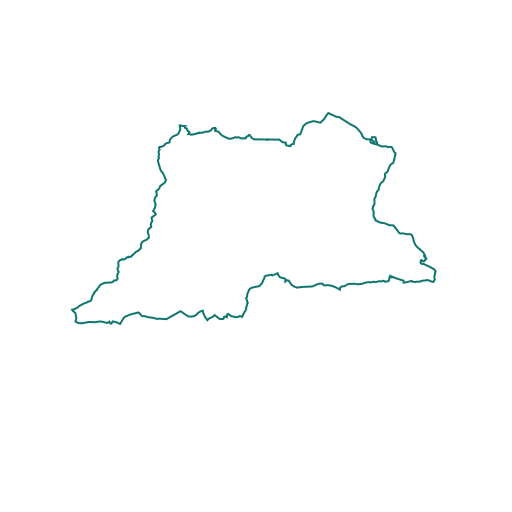 Catina, Buzau, Romania (Albers equal-area conic projection), rotated 224°
{"feature_id": "2599482B39348236200125", "entity_name": "Catina", "entity_type": "district", "adm_level": 2, "iso_a3": "ROU", "parent_name": "Romania", "parent_adm1": "Buzau", "projection": "albers", "projection_center": [26.245, 45.307], "detail": "fine", "context": "isolated", "style": "outline", "palette": "teal", "viewbox_px": 512, "rotation_deg": 224, "n_neighbors": 0, "source": "geoboundaries", "source_scale": "gbopen_adm2", "svg_char_len": 6150}
<svg xmlns="http://www.w3.org/2000/svg" viewBox="0 0 512 512"><g transform="rotate(224 256 256)"><path d="M401.6,296.8L398.5,294.7L397.2,291.2L396.8,289.5L396.9,288.8L398.7,284.5L398.9,281.6L398.8,280.1L397.2,277.5L398.6,275.2L399.1,273.7L398.9,271.5L399.9,268.8L401.1,267.4L401.0,266.6L400.6,266.1L399.2,265.6L398.6,263.3L396.1,261.5L395.2,259.7L393.8,259.0L393.3,257.3L392.9,256.6L390.9,255.2L383.9,251.3L380.3,250.9L376.6,249.4L375.4,248.7L373.5,248.2L372.6,245.4L373.5,239.9L372.8,238.0L372.4,235.6L372.8,234.7L372.8,233.5L372.5,232.8L371.9,232.8L369.5,230.8L369.2,229.9L369.4,229.1L369.1,227.8L367.5,225.1L364.5,223.7L363.9,223.2L362.2,220.4L361.2,216.8L358.6,217.0L357.6,216.7L357.0,216.1L357.8,211.1L356.6,210.1L355.0,209.4L354.4,207.0L353.4,205.3L351.5,204.1L352.0,201.2L351.2,199.0L350.3,197.7L348.5,197.0L345.9,194.9L345.9,192.5L346.4,190.6L347.2,188.9L347.5,186.7L347.4,186.0L346.5,184.1L344.3,181.7L344.4,177.8L345.2,175.7L345.3,171.5L345.8,170.0L345.5,169.7L345.4,168.9L345.7,168.0L347.1,167.0L346.9,166.3L348.1,165.3L347.9,163.6L348.8,161.3L350.3,160.6L350.4,159.3L350.9,158.5L351.0,157.1L350.5,155.5L348.1,153.5L347.3,152.3L347.0,150.8L344.9,149.4L343.7,149.2L342.5,145.6L339.9,143.6L339.5,142.5L340.1,140.7L341.2,139.7L341.0,138.2L341.5,136.7L346.2,131.6L347.8,127.9L347.8,126.2L347.4,124.4L347.4,122.1L346.8,121.2L347.1,119.1L347.1,118.4L346.5,116.9L346.5,116.6L346.8,116.4L346.4,115.6L346.0,113.9L343.7,109.2L344.0,108.2L345.2,106.2L345.3,105.3L346.9,102.2L348.4,97.1L348.5,95.2L349.9,91.0L350.9,89.6L349.7,89.3L346.6,89.5L345.7,89.1L342.0,86.4L340.3,83.4L336.8,84.6L335.4,85.9L333.6,87.7L332.2,90.0L330.7,92.0L327.9,94.7L326.1,96.2L323.2,100.0L321.7,101.5L316.9,104.2L316.1,105.4L315.8,106.9L314.2,106.3L313.4,106.5L313.0,107.1L313.5,108.7L313.6,109.5L310.4,111.3L306.6,112.7L308.2,119.7L308.0,121.2L306.1,126.0L301.4,133.7L300.3,134.0L299.6,133.7L298.6,133.8L297.5,133.6L295.9,133.8L294.1,135.5L290.8,137.2L286.4,140.6L284.9,141.1L283.0,142.5L282.3,143.5L276.6,148.3L272.8,160.9L272.2,163.4L271.2,164.1L266.6,164.7L262.6,165.6L260.2,167.7L258.7,169.9L258.1,172.7L258.1,174.8L257.6,177.2L256.3,179.7L254.2,178.3L250.5,176.8L246.4,176.0L246.4,178.0L244.8,182.5L244.7,184.8L238.5,185.4L235.9,187.8L235.9,188.8L236.7,190.0L236.2,191.0L234.5,191.7L236.1,193.9L235.9,195.0L232.0,195.5L229.2,197.4L228.5,197.5L226.4,199.8L226.2,201.1L225.5,201.9L223.7,202.6L225.3,207.2L225.4,208.7L226.4,211.4L227.6,212.4L228.3,214.6L229.1,215.3L229.5,216.8L230.8,217.1L232.0,218.0L233.7,218.6L233.9,219.1L234.0,220.4L235.7,222.4L237.6,227.2L237.4,229.2L236.8,230.6L232.8,236.5L232.7,238.3L232.9,241.0L234.0,243.8L234.6,246.0L235.4,246.8L235.5,247.8L235.1,248.7L232.0,253.1L230.8,253.3L228.5,258.6L226.0,257.6L223.8,257.4L219.4,259.9L218.5,259.5L217.2,258.0L216.8,260.2L215.3,261.0L211.1,260.0L210.0,260.0L207.2,260.6L204.5,261.8L200.7,266.5L194.4,273.1L191.7,279.5L189.4,281.9L188.7,282.3L187.9,282.0L187.0,282.0L184.9,283.8L184.3,284.8L180.7,287.3L176.9,288.8L172.3,290.1L173.4,291.7L173.5,292.4L172.9,294.1L171.4,295.7L170.7,298.6L169.5,300.9L168.0,302.1L166.3,304.1L163.0,306.5L160.1,310.0L159.1,312.4L157.0,315.3L155.4,316.4L153.3,319.4L152.0,320.2L150.8,321.8L150.1,323.2L147.9,325.1L147.6,326.2L146.7,326.9L145.3,327.1L144.9,327.8L143.4,329.6L143.3,330.7L143.9,331.4L144.1,332.1L145.2,333.3L145.6,334.6L144.9,334.3L144.0,335.0L143.4,334.9L143.2,335.2L143.7,335.7L139.2,337.5L132.8,340.7L131.3,339.4L129.4,341.8L126.8,346.2L125.8,346.1L123.6,347.6L122.2,349.6L121.2,350.3L118.7,354.4L117.2,356.0L116.3,357.5L114.8,358.5L113.4,358.9L110.6,360.3L110.4,360.8L111.1,363.3L113.4,364.9L114.3,366.7L115.2,367.7L115.7,368.6L115.8,369.5L116.9,370.0L119.3,370.1L124.8,368.5L129.9,366.7L131.2,365.5L132.6,365.3L133.7,366.3L134.2,367.1L133.8,367.3L134.1,367.7L134.0,368.0L133.1,367.9L133.0,368.3L132.1,368.3L131.5,368.7L131.3,369.9L131.8,370.4L131.5,371.5L131.8,372.6L132.7,372.4L133.4,372.9L134.0,372.3L134.4,372.4L135.2,373.0L135.0,373.9L135.2,374.0L135.7,373.9L136.7,374.4L138.9,374.8L146.7,374.4L148.5,374.6L151.7,375.7L156.7,378.7L158.6,379.3L160.1,379.0L162.3,376.7L166.1,374.3L167.9,372.3L169.4,372.1L178.3,373.5L181.6,370.7L185.3,369.3L186.9,368.5L189.4,366.6L192.2,365.4L194.0,365.1L194.8,364.5L195.8,365.4L198.6,366.0L200.1,367.2L200.4,367.8L201.9,369.5L205.0,370.9L205.5,372.1L206.4,373.0L206.3,374.0L206.5,375.1L207.8,376.7L210.6,379.4L210.9,381.2L213.1,384.9L213.8,386.7L213.7,388.5L215.4,391.1L216.5,394.0L216.8,395.0L216.5,398.2L217.5,401.3L218.1,402.7L219.7,404.1L220.3,405.0L220.0,407.9L222.6,414.4L222.6,416.2L222.0,417.7L222.0,418.2L222.4,419.3L223.4,420.8L223.4,421.4L224.7,423.0L225.4,424.6L227.0,426.9L228.7,426.8L233.8,428.6L235.1,427.9L236.1,426.9L236.5,426.0L238.6,425.3L241.8,422.0L246.0,420.5L247.5,419.6L247.1,420.9L247.4,421.6L248.7,422.1L249.2,421.8L251.3,423.7L252.6,424.3L255.0,422.3L254.2,419.9L250.4,420.1L249.7,419.8L249.5,418.6L252.0,417.4L252.5,417.3L254.3,418.9L255.1,418.9L257.7,416.7L260.6,415.8L262.7,416.2L264.0,416.9L266.7,417.6L272.4,418.1L275.7,417.6L279.1,416.4L292.9,413.6L295.0,411.9L303.3,409.0L303.1,406.7L302.1,401.9L302.3,396.6L306.5,394.2L308.7,392.5L311.7,387.0L312.3,382.5L308.7,374.3L310.2,372.0L309.7,369.9L309.7,368.4L308.5,365.4L306.7,362.8L307.8,361.4L308.1,359.9L307.6,359.0L308.1,358.3L309.4,357.8L311.0,356.6L311.9,356.8L313.2,358.2L315.7,356.4L320.4,355.8L322.2,353.8L328.1,348.5L327.9,348.2L328.4,347.6L328.9,347.1L329.2,347.3L338.0,339.0L338.7,338.5L341.2,338.0L344.8,338.6L345.1,338.3L345.1,336.2L345.6,335.6L345.6,334.5L345.3,333.7L345.4,332.9L347.0,331.9L347.2,331.3L348.1,330.4L351.2,329.2L352.0,327.9L353.4,327.2L354.6,324.4L355.3,323.6L355.8,322.6L357.1,321.4L363.6,319.2L365.6,319.0L367.8,319.3L370.1,319.1L371.9,317.8L372.4,317.7L373.3,318.5L373.2,319.7L374.2,319.8L375.3,318.9L375.7,318.0L376.0,317.1L375.7,315.3L376.6,312.4L378.7,310.4L379.7,308.1L381.4,306.3L381.9,305.3L382.4,305.4L382.7,304.5L383.5,303.8L383.6,302.8L385.2,300.7L385.2,300.3L387.3,297.9L388.6,297.8L389.3,296.8L389.6,297.8L389.5,298.2L390.0,298.9L392.1,298.5L394.5,299.7L395.5,299.0L396.3,298.9L397.2,299.7L397.2,300.2L399.3,298.3L401.0,297.7L401.6,296.8Z" fill="none" stroke="#0f766e" stroke-width="2"/></g></svg>